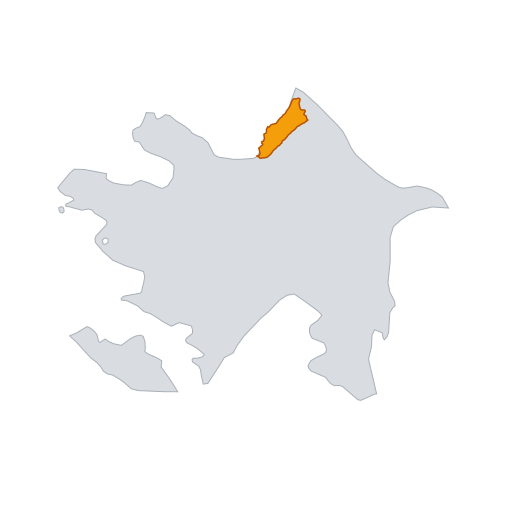 location of Qusar District, Qusar, Azerbaijan, rotated 349°
{"feature_id": "54616110B21517829058101", "entity_name": "Qusar District", "entity_type": "district", "adm_level": 2, "iso_a3": "AZE", "parent_name": "Azerbaijan", "parent_adm1": "Qusar", "projection": "mercator", "projection_center": [48.257, 41.46], "detail": "fine", "context": "in_parent", "style": "filled", "palette": "amber", "viewbox_px": 512, "rotation_deg": 349, "n_neighbors": 0, "source": "geoboundaries", "source_scale": "gbopen_adm2", "svg_char_len": 5144}
<svg xmlns="http://www.w3.org/2000/svg" viewBox="0 0 512 512"><g transform="rotate(349 256 256)"><path d="M348.1,414.4L346.1,414.2L331.6,417.7L328.6,416.6L316.2,400.8L313.6,399.0L308.3,398.3L305.1,395.7L302.6,391.4L301.1,388.3L288.3,379.6L286.4,376.5L286.1,373.7L288.0,371.2L290.2,369.1L296.4,367.0L303.8,365.1L306.1,363.8L307.3,361.5L307.2,357.8L306.0,354.2L295.5,347.5L294.4,344.7L294.0,341.2L294.6,337.5L296.3,334.7L304.8,330.8L309.4,326.7L306.6,322.2L297.3,311.9L286.3,300.6L279.0,300.5L270.6,303.9L257.0,313.5L249.6,317.6L239.8,324.5L229.2,332.1L220.5,340.1L215.1,346.8L205.4,349.7L200.5,355.2L184.4,371.9L179.8,371.7L179.5,363.4L179.8,356.9L178.7,353.1L173.5,347.9L173.4,345.7L174.8,344.3L178.9,345.1L184.0,344.8L186.5,342.8L181.0,335.9L176.0,331.4L171.9,328.3L170.9,326.4L170.9,325.1L171.8,323.6L178.9,319.8L179.6,316.3L179.2,312.4L167.9,306.7L159.4,308.8L151.8,302.4L146.9,297.4L140.9,292.1L135.4,289.2L130.2,282.4L121.2,275.5L115.4,273.5L115.4,272.5L116.5,271.2L118.9,270.2L135.1,270.4L137.0,269.2L138.0,266.2L140.2,261.8L142.8,255.3L142.6,249.8L126.4,241.0L114.6,232.8L106.5,222.1L101.0,212.2L101.1,208.9L102.7,205.8L115.3,196.7L116.2,194.4L115.9,192.7L111.4,188.1L105.8,183.3L104.0,179.7L100.4,177.9L93.7,177.8L81.8,171.9L79.3,171.3L78.8,170.1L79.3,168.9L87.8,166.5L87.7,164.6L85.1,162.0L80.3,160.1L76.0,155.3L74.4,151.1L89.7,138.6L94.2,136.1L104.2,138.4L125.0,146.7L123.6,151.2L125.7,153.8L130.4,157.3L139.6,160.9L147.3,162.7L151.2,161.1L157.2,159.8L164.9,163.9L172.0,169.1L175.6,171.2L177.5,171.8L182.9,170.1L189.4,163.4L192.0,155.3L192.7,151.5L188.9,146.1L181.1,140.3L172.3,135.1L166.7,130.6L163.1,121.7L159.5,120.7L158.6,119.5L158.0,116.5L158.1,112.2L159.4,108.9L162.9,107.5L166.5,107.0L169.7,103.9L173.8,97.7L175.5,94.3L183.2,96.2L184.2,101.8L185.5,102.9L188.7,102.3L194.0,100.0L198.1,101.7L203.5,108.3L211.0,115.2L215.0,119.9L216.6,123.1L220.4,126.2L226.0,129.8L230.4,135.5L234.3,148.8L238.3,151.9L252.7,156.9L257.7,157.9L271.8,159.7L276.8,158.4L284.1,147.0L290.6,135.2L296.7,132.8L307.7,127.1L314.3,121.7L317.1,115.9L323.3,104.9L327.2,98.7L333.7,104.2L344.9,119.1L361.0,143.2L364.9,150.1L367.5,158.0L369.8,167.5L373.4,175.9L389.7,197.1L396.8,205.0L408.2,215.0L412.3,217.3L417.7,217.9L427.5,218.0L436.6,221.9L441.1,224.7L445.7,228.7L449.9,233.3L454.1,245.6L438.3,241.5L422.4,242.2L413.4,244.8L404.7,248.4L396.4,253.5L391.2,263.4L386.8,286.3L380.4,307.6L380.6,317.4L383.4,326.8L383.1,331.3L380.1,333.2L376.5,337.2L371.5,356.6L369.1,360.4L366.0,362.8L365.1,360.5L365.3,355.5L358.4,351.0L354.7,356.0L352.2,366.7L347.1,377.8L346.8,380.0L348.1,414.4ZM113.4,214.3L114.1,211.2L112.1,209.8L110.0,209.8L108.2,211.3L108.2,215.1L110.7,215.8L113.4,214.3ZM61.4,303.7L59.0,300.5L57.9,298.8L64.9,297.4L76.6,293.1L79.7,295.2L83.2,299.5L84.9,303.1L85.2,309.9L86.5,311.0L92.2,308.7L94.7,311.5L99.1,314.8L106.7,318.0L117.6,312.9L123.0,311.6L127.4,311.7L129.9,313.3L130.7,318.6L129.8,325.1L128.6,328.6L130.9,331.2L139.8,337.5L143.5,340.9L141.7,346.9L148.4,361.6L150.6,367.3L153.2,374.3L139.6,371.6L115.0,365.7L108.3,362.6L101.9,354.4L98.1,350.5L92.4,345.4L87.8,343.5L84.3,340.0L82.3,334.8L79.4,330.1L74.3,324.5L62.9,305.6L61.4,303.7ZM76.0,175.9L74.5,176.9L72.1,175.9L71.4,173.5L71.6,171.0L73.9,170.4L75.8,171.1L76.4,173.4L76.0,175.9Z" fill="#d9dde1" stroke="#a8b0b8" stroke-width="1"/><path d="M322.8,108.9L322.5,109.1L322.0,109.6L321.1,110.4L320.1,111.6L319.5,112.9L318.5,114.4L317.4,115.8L316.6,116.9L315.1,118.2L313.9,119.2L312.0,121.6L309.4,122.9L308.3,124.0L307.5,124.5L305.9,125.4L304.8,126.2L303.7,127.2L302.2,128.6L301.3,129.6L299.7,129.8L297.8,129.8L295.8,130.1L295.1,130.5L293.9,131.7L292.9,131.9L292.3,131.3L291.3,132.5L290.2,134.2L290.3,135.3L289.7,136.7L289.0,137.4L287.6,137.7L287.0,137.9L286.9,138.5L286.9,139.4L287.0,140.2L286.7,140.7L286.7,141.4L286.7,142.5L286.2,143.4L285.7,143.8L285.0,144.7L284.4,144.8L283.7,144.8L283.2,145.4L283.2,146.3L284.0,147.5L283.7,148.1L282.0,149.0L281.1,149.6L280.7,150.1L279.7,150.3L279.2,151.0L279.5,151.5L279.5,152.9L279.5,154.0L279.5,155.4L279.5,156.5L279.0,156.8L278.6,157.5L277.9,157.9L276.9,157.8L276.0,158.0L276.4,158.5L277.7,159.4L278.3,160.4L278.9,161.0L280.5,161.0L281.6,160.9L282.6,161.3L283.5,161.2L284.0,161.2L284.8,161.2L285.8,161.1L286.9,160.7L287.9,159.8L288.7,159.6L289.4,159.2L290.3,158.4L290.9,157.9L291.4,157.5L292.9,155.9L294.6,154.9L296.4,153.9L298.3,152.4L299.0,152.1L300.1,152.0L301.7,150.5L302.7,150.1L303.3,149.1L303.7,148.2L304.8,147.6L305.9,147.4L307.6,146.1L308.9,145.2L309.8,144.2L311.0,143.2L313.7,141.8L314.4,140.8L315.7,140.5L316.4,140.1L317.3,139.6L318.2,139.2L319.0,138.6L319.9,137.9L320.4,137.4L321.2,136.8L322.8,136.4L323.9,136.1L324.8,135.5L325.9,135.2L327.4,134.7L328.4,134.6L330.2,133.8L330.8,133.4L331.3,133.3L332.8,132.4L332.4,131.7L332.0,131.0L331.9,128.2L331.3,127.6L330.6,127.0L330.1,126.4L330.1,125.6L330.7,125.0L331.1,124.4L331.8,123.6L332.1,122.9L331.5,122.0L330.8,121.7L329.4,121.6L328.8,121.4L327.8,120.7L327.6,120.0L327.4,118.6L327.3,117.0L327.3,115.6L327.4,113.9L328.0,113.2L328.6,112.0L328.9,111.0L329.2,110.4L328.5,109.6L327.9,109.2L327.0,109.2L325.8,109.5L324.9,109.3L322.8,108.9Z" fill="#f59e0b" stroke="#b45309" stroke-width="1.5"/></g></svg>